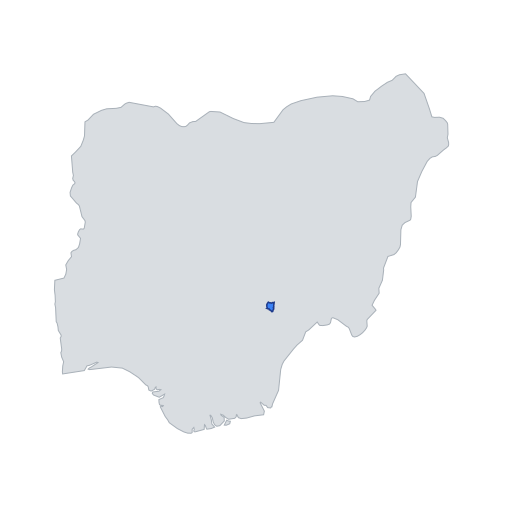 Tarka, Benue, Nigeria (highlighted), rotated 353°
{"feature_id": "59680162B13650355505793", "entity_name": "Tarka", "entity_type": "district", "adm_level": 2, "iso_a3": "NGA", "parent_name": "Nigeria", "parent_adm1": "Benue", "projection": "albers", "projection_center": [8.881, 7.59], "detail": "fine", "context": "in_parent", "style": "filled", "palette": "blue", "viewbox_px": 512, "rotation_deg": 353, "n_neighbors": 0, "source": "geoboundaries", "source_scale": "gbopen_adm2", "svg_char_len": 4500}
<svg xmlns="http://www.w3.org/2000/svg" viewBox="0 0 512 512"><g transform="rotate(353 256 256)"><path d="M426.6,93.4L442.6,115.1L446.1,131.3L447.5,139.3L450.1,140.2L455.0,140.6L458.5,142.1L460.7,144.8L462.1,147.2L462.3,148.7L461.4,158.5L460.3,162.0L461.0,166.8L460.8,168.9L460.3,170.3L458.1,171.9L455.2,173.5L448.1,178.3L446.1,179.0L443.1,179.1L440.5,180.3L437.5,182.9L430.9,192.3L425.4,201.7L421.4,217.0L416.4,221.8L415.6,226.0L414.9,235.5L414.1,238.3L413.3,239.2L407.9,241.0L404.9,243.2L403.0,247.6L400.8,262.2L400.0,264.6L398.2,267.1L395.5,269.9L393.1,271.4L386.9,272.5L381.1,283.5L381.0,285.5L378.5,295.5L374.0,303.0L373.7,307.9L368.1,314.5L365.2,319.0L368.2,323.7L368.5,324.5L358.7,332.5L358.1,333.7L357.8,339.2L357.0,340.7L355.2,342.8L352.6,345.0L349.9,346.7L346.9,348.0L344.0,348.4L342.3,347.7L341.4,346.1L339.7,339.3L338.9,337.9L337.0,336.6L329.4,329.2L324.8,326.6L323.8,326.8L323.1,327.5L321.8,331.3L320.5,332.6L318.1,333.1L313.9,333.2L310.9,332.7L310.2,331.9L308.7,329.0L299.4,335.8L296.1,337.3L291.9,345.3L286.0,349.3L282.0,352.8L271.0,363.6L268.8,366.8L266.7,371.6L262.0,392.1L254.4,404.8L253.4,407.6L253.0,407.5L252.0,408.6L249.1,407.9L247.8,405.5L245.9,405.1L242.8,401.6L242.2,402.2L245.4,411.0L244.2,414.5L235.0,414.5L227.0,415.7L221.5,415.6L218.8,414.3L217.6,411.0L217.1,411.3L216.8,413.1L215.1,414.5L208.9,414.7L206.2,412.5L204.0,409.9L201.7,408.8L202.0,409.9L204.7,412.3L204.4,415.9L199.4,420.0L196.3,420.2L194.3,418.4L193.3,415.5L192.9,411.2L191.6,408.5L190.9,408.5L191.7,413.1L191.7,417.4L194.1,420.8L190.4,421.8L186.1,421.9L185.6,420.6L185.0,417.9L184.3,417.1L183.4,421.8L174.4,423.1L173.2,422.9L172.9,422.0L173.6,420.7L173.4,418.6L171.5,420.2L171.1,423.5L170.0,424.0L166.6,423.5L162.9,421.8L156.9,417.7L149.6,410.9L148.4,407.9L146.3,404.2L142.6,394.0L143.3,393.5L145.0,394.1L145.8,393.1L142.8,392.4L142.1,391.7L141.9,389.4L142.1,386.7L146.7,385.3L147.8,383.6L148.5,381.9L142.7,384.4L137.4,381.5L136.3,379.8L136.9,378.4L143.1,378.4L145.3,377.1L143.9,376.6L141.6,376.7L140.7,375.8L140.8,373.7L140.0,374.2L139.0,376.0L135.4,377.3L133.3,376.0L133.1,372.9L132.6,371.6L130.9,370.5L124.6,362.4L116.7,355.6L109.7,351.0L99.1,348.6L76.9,348.5L75.6,347.8L77.0,346.8L79.0,346.1L86.2,342.5L85.0,341.9L77.5,344.2L74.9,344.4L71.6,348.8L49.7,349.5L49.7,347.4L50.8,341.6L52.2,337.5L50.8,332.6L50.5,328.1L51.4,326.7L51.8,325.0L51.7,313.6L52.9,311.9L52.9,310.7L50.7,305.8L50.8,302.1L50.4,298.4L49.7,296.8L50.8,282.8L50.5,279.3L51.3,276.9L51.8,270.8L51.8,264.9L53.4,255.6L62.7,254.5L65.0,250.9L66.4,246.3L66.1,241.7L69.1,237.7L72.8,234.2L72.7,230.3L73.8,229.1L75.5,228.2L78.0,227.8L80.8,225.9L82.4,222.5L84.0,217.1L81.6,213.3L81.7,212.4L82.6,210.4L84.1,208.4L85.3,207.7L88.0,208.3L88.9,207.5L90.7,201.5L90.5,199.9L88.1,195.8L86.8,184.9L86.1,183.5L84.2,181.5L79.1,173.8L79.2,170.2L81.4,165.6L82.9,163.3L84.9,162.1L85.3,161.0L84.7,159.7L83.8,158.7L83.5,156.7L84.6,153.8L84.3,150.6L85.0,134.2L89.3,131.0L95.5,125.8L98.6,120.2L100.4,116.0L102.6,102.0L105.8,100.6L112.0,95.5L120.4,92.6L125.8,91.7L135.3,92.4L140.2,92.0L144.3,89.2L146.1,88.5L148.8,88.0L172.4,95.5L174.6,95.1L176.4,95.7L179.3,97.6L186.3,104.4L193.6,115.0L195.8,117.2L198.1,118.5L200.4,118.9L202.2,118.8L203.9,117.8L206.2,115.8L209.7,114.9L212.5,115.1L227.3,107.1L228.8,107.0L237.8,108.7L250.2,116.8L260.3,122.1L267.4,123.9L275.8,125.1L290.0,125.5L300.7,114.1L304.7,111.6L309.5,109.4L319.5,107.3L336.0,105.8L351.6,106.3L361.2,108.2L371.4,111.8L375.8,115.3L382.7,115.9L387.7,115.1L389.2,111.6L394.2,106.9L401.6,102.6L407.6,99.6L412.6,98.2L417.0,94.7L420.5,93.6L426.6,93.4ZM209.5,419.3L206.1,420.3L203.9,420.0L206.9,415.4L208.5,416.4L210.4,416.9L209.5,419.3Z" fill="#d9dde1" stroke="#a8b0b8" stroke-width="1"/><path d="M260.9,306.0L260.7,306.5L260.6,307.0L260.6,307.5L260.8,308.6L260.8,308.8L260.9,309.0L260.7,309.2L260.4,309.3L261.0,309.7L261.6,309.9L262.2,310.1L262.5,310.1L262.7,311.1L263.0,311.1L263.4,311.4L263.6,311.4L264.3,312.1L264.3,312.3L264.6,312.7L264.6,312.8L264.7,313.1L265.7,313.2L265.8,313.1L266.1,312.5L266.1,312.3L266.1,312.2L266.2,311.9L266.5,311.6L266.9,311.0L267.2,310.7L267.1,310.4L267.2,309.8L266.9,309.6L266.9,309.3L267.2,308.9L267.5,308.7L267.5,308.3L267.5,308.1L267.5,307.2L267.7,306.8L267.8,306.5L267.9,306.2L267.7,305.6L267.8,305.2L268.2,305.1L268.4,304.2L267.4,304.4L267.1,304.4L266.8,304.4L266.5,304.2L265.8,304.7L265.4,304.7L265.2,304.6L264.7,304.2L263.9,304.2L263.5,303.9L263.0,303.6L262.6,303.3L261.4,304.6L261.1,305.1L260.7,305.8L260.9,306.0Z" fill="#3b82f6" stroke="#1e3a8a" stroke-width="1.5"/></g></svg>